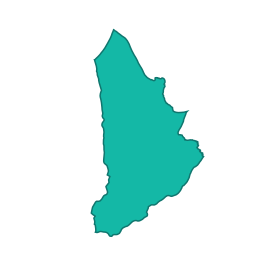 the district of Paktha, Bokeo, Laos, rotated 342°
{"feature_id": "54806243B15398508442736", "entity_name": "Paktha", "entity_type": "district", "adm_level": 2, "iso_a3": "LAO", "parent_name": "Laos", "parent_adm1": "Bokeo", "projection": "robinson", "projection_center": [100.681, 19.997], "detail": "fine", "context": "isolated", "style": "filled", "palette": "teal", "viewbox_px": 256, "rotation_deg": 342, "n_neighbors": 0, "source": "geoboundaries", "source_scale": "gbopen_adm2", "svg_char_len": 5627}
<svg xmlns="http://www.w3.org/2000/svg" viewBox="0 0 256 256"><g transform="rotate(342 128 128)"><path d="M117.2,52.8L117.0,59.5L116.6,62.1L115.6,64.5L115.8,65.8L115.2,68.2L115.3,72.2L114.9,73.5L114.6,76.1L114.5,79.5L114.4,83.9L114.2,84.3L113.2,85.5L112.3,86.9L111.5,88.6L111.2,89.9L111.0,92.7L110.6,95.7L109.7,100.1L109.0,102.8L108.7,105.3L108.5,106.4L107.7,107.8L107.5,108.0L107.3,108.5L107.1,109.3L107.3,110.7L107.8,111.9L107.9,112.3L107.8,113.1L106.8,114.0L105.4,115.0L104.5,116.2L104.1,117.2L104.0,118.0L104.6,120.5L104.6,120.9L104.0,124.1L103.6,125.3L102.9,126.6L102.2,128.5L102.1,129.9L101.1,131.6L99.7,135.6L99.7,137.3L98.9,139.9L98.5,141.1L98.0,143.9L97.5,145.1L95.1,150.7L94.6,152.1L94.5,153.4L94.7,154.4L96.4,157.2L96.4,160.4L96.2,162.5L95.7,163.7L93.8,166.2L95.8,168.5L93.5,171.4L93.1,174.0L89.0,176.8L88.9,177.1L88.9,181.6L88.6,183.1L87.4,184.4L86.2,184.7L85.0,184.7L83.9,185.1L82.9,185.9L81.0,187.6L78.9,188.7L77.7,188.7L75.4,188.0L74.3,188.4L69.9,192.3L69.2,193.4L66.8,197.6L67.4,198.7L68.0,199.7L68.8,200.7L69.5,201.7L67.7,203.2L67.6,205.7L67.4,207.0L66.9,208.1L66.3,209.2L66.9,210.1L66.3,213.4L65.6,216.0L64.8,217.0L66.2,217.8L67.2,217.9L68.7,217.8L69.6,217.8L71.0,218.4L72.5,219.3L74.5,220.1L75.7,221.1L76.5,222.3L76.9,224.0L77.2,225.0L77.7,225.4L78.9,225.9L79.7,225.7L80.7,225.0L81.7,225.0L83.1,225.5L84.6,225.9L85.9,225.8L87.3,225.5L89.4,223.7L90.3,222.6L91.7,221.7L93.0,221.3L95.3,221.0L96.7,221.1L97.4,221.0L98.9,220.5L100.2,219.9L102.2,218.9L103.4,218.4L104.6,218.2L105.9,218.2L107.1,218.5L108.5,219.4L109.0,219.6L110.2,219.8L111.4,219.7L113.5,219.3L115.7,218.3L116.9,218.0L118.7,217.7L119.2,217.4L119.7,216.6L119.9,215.3L119.6,213.7L122.3,210.7L123.1,209.1L126.6,208.3L127.0,208.4L127.6,208.7L129.0,209.2L129.5,209.3L130.4,209.2L130.8,209.1L131.5,209.0L132.1,208.8L133.0,208.2L134.7,207.5L136.1,207.1L136.6,207.1L137.7,206.9L139.3,206.4L140.5,205.9L141.3,205.5L142.9,204.8L143.6,204.7L144.0,204.5L144.4,204.5L145.5,204.7L146.0,204.9L146.5,205.2L146.8,205.4L147.5,206.0L148.3,206.4L149.2,206.5L151.1,206.4L152.5,206.4L153.5,206.3L154.9,205.8L155.9,205.4L157.6,204.3L158.6,203.6L160.0,202.2L160.5,201.8L161.1,200.9L161.9,200.2L162.3,200.0L162.7,199.9L163.3,199.9L165.8,198.5L166.2,198.3L167.8,197.2L168.1,196.8L169.0,196.0L170.8,194.1L172.7,191.1L173.6,190.3L174.5,189.2L175.6,188.0L177.7,186.3L178.1,186.1L178.6,185.8L179.4,185.6L180.2,185.6L182.2,184.9L183.1,184.5L183.8,183.9L184.4,183.6L185.1,183.0L185.5,182.6L186.2,182.2L187.4,181.4L189.5,179.6L190.2,179.1L191.0,178.5L190.8,178.3L190.5,178.1L190.3,177.9L190.2,177.6L190.2,177.4L190.4,177.6L190.5,177.6L190.6,177.1L190.9,176.8L191.0,176.6L191.0,176.2L190.7,175.8L190.7,175.7L191.0,175.4L191.2,175.1L191.2,174.8L191.1,174.7L190.3,174.7L190.1,174.6L190.0,173.9L189.7,173.5L189.7,173.3L189.4,173.1L189.3,172.9L189.2,172.8L189.2,172.6L189.0,172.3L189.0,172.2L189.7,171.9L189.8,171.9L190.0,171.6L190.0,171.4L189.9,171.3L189.7,171.3L189.2,171.2L189.1,170.8L189.1,170.5L188.2,169.6L188.0,169.3L187.9,168.6L187.6,168.3L187.5,168.1L187.6,167.9L187.9,167.5L188.3,167.4L188.7,167.2L188.8,167.0L189.0,166.7L189.4,166.6L189.5,166.5L189.6,166.4L189.7,166.2L189.1,165.6L189.0,165.4L189.1,165.2L189.5,164.9L189.5,164.7L189.3,164.3L189.3,164.2L189.5,164.0L189.8,163.9L189.5,163.6L189.4,163.5L189.4,163.4L190.0,162.6L189.9,162.5L189.6,162.2L189.4,162.1L189.2,162.1L189.1,162.3L188.9,162.2L188.6,161.9L188.7,161.6L188.7,161.4L187.9,161.0L187.6,160.7L187.2,160.5L186.8,160.2L186.0,159.8L185.8,159.7L185.6,159.4L185.4,159.1L184.8,159.0L184.2,159.0L183.6,158.5L182.6,158.4L182.1,158.3L181.2,158.2L179.9,157.7L179.2,157.0L178.9,156.9L178.6,157.0L178.4,156.8L178.4,156.2L178.4,155.9L178.6,155.4L178.5,155.1L178.4,154.8L178.1,154.5L177.9,154.2L177.8,153.7L177.5,153.1L177.3,152.5L177.3,151.7L177.2,151.5L176.9,151.3L176.3,151.1L176.0,150.8L174.1,150.0L173.9,149.2L174.1,148.0L174.6,147.1L176.2,145.4L177.9,144.0L179.2,142.8L182.7,138.9L183.5,137.3L184.8,135.6L186.9,133.1L188.0,131.5L188.5,131.1L188.9,130.7L189.1,130.6L189.3,130.5L186.3,130.3L183.6,129.7L180.6,128.9L178.7,128.0L177.2,127.0L176.3,125.9L176.2,125.6L176.2,125.3L176.3,123.8L176.3,123.4L176.5,123.0L176.6,122.8L176.6,122.3L176.5,122.1L176.1,121.6L175.7,121.2L174.8,119.3L174.2,118.7L173.5,118.1L173.2,117.6L172.7,116.6L172.3,116.5L172.1,116.3L172.1,115.8L171.9,114.9L171.8,114.7L171.7,114.1L171.5,112.7L171.7,111.8L171.8,111.2L171.7,110.6L171.6,110.0L171.5,109.6L171.4,109.3L171.6,108.7L171.8,108.4L171.7,107.8L171.7,107.4L171.4,106.7L171.7,105.9L172.2,105.6L172.9,104.2L173.1,103.4L173.5,102.7L173.9,102.0L174.3,101.5L174.5,101.0L174.7,100.9L175.8,100.1L176.0,99.8L175.9,99.2L176.2,98.5L176.0,98.4L175.9,98.1L175.8,97.9L175.8,97.6L175.9,97.4L176.8,96.5L177.0,96.3L177.4,95.7L177.6,94.9L177.7,94.5L177.7,94.1L177.7,93.3L177.5,92.5L177.3,92.2L177.1,91.9L176.5,91.3L176.0,91.0L175.7,91.0L175.4,91.0L175.0,91.3L174.4,91.2L173.7,91.1L173.2,90.6L172.9,90.2L172.7,90.1L172.3,90.2L172.2,90.2L171.9,90.0L171.8,89.5L171.6,89.3L170.8,89.1L170.4,88.8L169.4,88.7L169.2,89.0L169.0,89.5L168.9,90.2L168.8,90.5L168.6,90.7L168.4,90.8L167.7,91.0L167.2,90.9L166.9,90.8L166.1,90.1L165.8,89.7L165.4,89.4L165.0,89.2L164.7,89.3L161.9,86.1L160.3,82.6L159.9,80.0L159.7,77.7L159.4,75.8L158.5,72.1L157.9,69.3L157.7,66.8L157.1,63.4L156.4,60.6L155.9,57.7L155.5,55.4L155.1,51.0L155.0,48.6L154.3,44.9L153.4,42.4L152.9,41.4L151.9,40.1L150.9,38.9L149.7,37.1L147.7,34.3L146.8,32.7L145.6,31.5L145.0,30.4L144.7,30.1L143.7,31.4L143.1,32.1L142.2,33.1L140.9,34.9L138.9,37.2L134.7,41.2L130.7,44.8L127.9,46.9L125.5,48.4L124.2,49.4L121.5,50.9L119.6,51.8L118.6,52.3L117.5,52.9L117.2,52.8Z" fill="#14b8a6" stroke="#0f766e" stroke-width="1.5"/></g></svg>